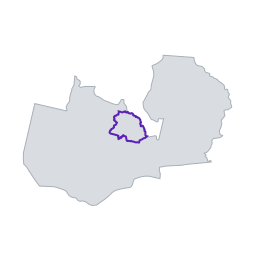 location of Copperbelt within Zambia, rotated 13°
{"feature_id": "ZMB-517", "entity_name": "Copperbelt", "entity_type": "Province", "adm_level": 1, "iso_a3": "ZMB", "parent_name": "Zambia", "parent_adm1": "", "projection": "mercator", "projection_center": [27.632, -13.082], "detail": "fine", "context": "in_parent", "style": "outline", "palette": "violet", "viewbox_px": 256, "rotation_deg": 13, "n_neighbors": 0, "source": "natural_earth", "source_scale": "10m", "svg_char_len": 7150}
<svg xmlns="http://www.w3.org/2000/svg" viewBox="0 0 256 256"><g transform="rotate(13 128 128)"><path d="M170.5,170.2L159.5,170.2L155.5,171.1L152.2,172.4L148.3,174.6L146.0,176.1L145.4,176.9L145.1,178.7L145.1,181.5L144.7,183.6L143.5,185.4L137.6,187.7L133.7,189.5L129.8,191.7L127.0,194.5L125.0,198.0L121.7,202.3L114.8,210.0L110.8,211.5L107.5,211.2L103.5,209.5L100.3,209.2L97.9,210.2L95.7,209.9L93.7,208.3L92.0,207.7L90.7,208.2L88.9,208.1L85.8,207.2L83.0,204.4L81.5,203.3L80.4,202.9L77.1,202.4L69.5,201.8L61.7,203.2L54.8,204.5L47.8,198.4L41.0,191.9L39.6,190.3L37.1,188.1L35.2,187.1L34.5,186.5L32.7,180.8L31.7,175.5L31.7,125.2L62.4,125.2L64.4,125.0L64.5,124.4L63.1,121.8L63.1,120.8L63.5,119.0L64.9,115.4L64.9,114.2L64.3,110.3L64.4,108.1L64.7,103.6L64.5,102.1L65.2,100.2L65.5,98.8L65.8,98.3L65.4,96.8L64.8,91.5L64.4,89.3L66.3,89.6L66.9,90.7L67.3,91.9L68.1,92.0L70.3,92.7L71.0,93.6L71.5,95.7L71.2,96.8L70.5,97.7L71.2,98.5L72.7,99.0L73.6,98.8L76.0,97.4L78.3,96.9L79.5,96.5L84.5,95.5L85.5,95.0L86.3,95.0L86.8,95.4L86.3,96.9L86.2,98.3L86.8,100.8L87.3,101.9L88.3,102.8L89.1,103.2L89.9,104.1L91.7,104.0L95.6,105.2L96.8,105.8L98.4,106.4L99.6,106.6L103.6,107.1L107.8,107.8L110.0,107.9L111.6,107.7L112.7,107.3L113.3,106.9L113.6,106.6L115.2,101.8L116.0,101.4L117.1,101.2L117.7,101.6L118.4,104.6L121.5,107.3L122.5,109.6L123.3,111.6L123.9,112.1L125.1,112.8L127.0,113.0L128.6,113.1L136.9,116.4L137.8,117.0L138.8,118.8L139.4,120.8L140.0,122.4L141.1,122.7L142.1,122.8L143.0,123.9L143.7,124.9L146.2,128.8L146.5,130.4L147.7,131.4L149.3,131.9L150.8,131.9L151.6,131.5L153.8,130.6L155.4,129.7L156.6,129.4L157.3,129.6L157.8,130.2L158.2,132.2L159.4,132.9L160.2,132.6L160.6,131.8L160.6,131.4L160.6,110.9L159.8,111.0L158.9,111.6L156.7,111.7L155.8,112.1L155.6,112.8L155.7,113.6L155.8,114.8L155.5,115.3L154.5,115.6L153.1,115.1L150.6,114.5L148.5,114.2L147.0,112.6L145.0,110.3L143.7,109.1L140.4,106.7L139.9,106.2L138.9,105.1L138.1,103.2L137.3,101.0L136.9,99.6L137.6,97.4L139.5,90.3L139.9,88.1L141.5,85.9L141.6,83.9L141.0,81.3L141.1,79.9L141.4,71.9L140.9,69.3L139.9,66.5L137.6,62.6L137.6,61.7L141.1,59.2L142.2,58.2L144.1,56.1L145.3,54.4L146.1,53.0L146.4,51.1L145.8,49.4L147.0,49.0L176.3,44.5L176.8,45.7L177.6,47.7L178.7,49.2L179.9,50.5L181.0,51.2L181.7,51.5L186.2,51.4L187.8,52.2L189.3,53.2L189.6,54.7L190.5,55.7L191.5,56.4L192.0,56.5L192.7,56.3L193.9,56.3L195.1,56.7L195.6,57.0L195.6,58.3L196.0,58.9L197.5,59.1L199.1,59.2L200.6,60.1L202.2,60.2L204.1,60.6L205.0,61.5L207.0,62.5L209.4,63.3L212.1,64.8L212.2,65.2L212.6,66.0L213.1,66.7L213.1,67.5L213.4,68.4L214.0,68.6L214.6,68.6L215.1,68.0L215.9,68.0L216.6,68.4L216.9,69.4L217.5,70.7L218.5,71.5L219.2,72.4L219.0,73.9L218.6,75.3L219.9,76.7L221.7,78.0L222.1,78.6L222.3,80.6L222.6,81.2L223.7,82.9L224.3,84.0L224.3,84.6L221.1,87.8L219.1,88.3L218.2,89.0L217.7,89.7L219.0,92.9L219.7,94.1L219.1,95.6L217.8,98.2L217.3,98.5L217.2,100.4L217.5,101.2L218.2,101.7L218.4,103.1L218.4,106.4L217.6,110.2L219.0,113.5L219.5,113.8L221.5,113.9L221.9,114.1L221.4,115.1L220.0,116.5L217.4,117.7L213.8,118.9L213.0,120.1L212.5,121.9L212.9,122.9L213.4,123.5L213.3,125.0L212.9,126.6L213.1,127.9L212.9,129.0L212.4,129.5L211.8,131.2L211.0,132.9L210.4,133.7L209.4,134.5L208.0,135.2L208.0,135.5L209.7,136.3L210.1,136.8L210.2,137.2L209.5,138.1L210.3,138.6L211.2,139.0L212.1,140.2L213.1,142.3L213.3,142.5L213.6,142.5L214.1,142.3L215.1,141.4L215.9,141.1L216.7,142.4L201.4,147.6L197.8,148.7L192.5,150.6L190.7,151.3L189.3,152.0L175.1,156.1L172.8,156.9L167.8,159.0L167.6,159.3L167.7,160.3L168.1,162.3L169.0,164.1L169.7,165.1L170.2,167.8L170.5,170.2Z" fill="#d9dde1" stroke="#a8b0b8" stroke-width="1"/><path d="M124.2,112.4L124.3,112.5L125.0,113.2L125.5,113.4L126.2,113.4L127.0,113.4L127.5,113.3L127.8,113.0L128.0,112.8L128.2,112.7L128.6,112.7L128.9,112.8L129.9,113.4L130.1,113.7L130.2,114.1L130.3,114.5L130.7,114.6L130.9,114.5L131.2,114.5L132.4,114.7L132.6,114.7L132.6,114.9L132.7,115.0L133.1,115.5L133.4,115.4L133.6,115.2L134.0,115.1L134.3,115.2L134.6,115.5L134.9,115.7L135.3,115.7L135.6,115.6L136.0,115.6L136.3,115.7L136.6,115.9L137.9,117.1L138.2,117.4L138.5,118.3L138.7,118.7L139.2,119.2L139.4,119.6L139.4,120.0L139.2,120.3L138.9,120.5L138.9,121.1L139.2,121.6L139.6,122.0L139.9,122.4L139.9,123.2L140.1,123.4L140.3,123.4L140.6,123.3L140.8,123.1L141.0,122.6L142.0,122.6L142.6,123.3L143.8,124.8L144.0,125.0L144.3,125.8L144.6,126.0L144.6,126.3L144.6,126.5L144.6,126.8L144.8,126.9L145.0,127.5L145.5,127.6L145.9,127.9L146.4,130.4L146.6,131.1L147.1,131.6L147.4,131.9L147.6,131.9L147.9,131.9L148.2,131.8L148.5,131.8L148.4,132.0L147.8,132.7L146.7,134.0L145.9,134.3L145.3,134.7L145.2,134.8L144.9,135.1L144.6,135.6L142.1,137.5L142.1,139.6L141.8,139.8L140.5,139.8L139.9,139.9L139.6,140.1L139.4,140.1L139.2,140.2L138.1,140.3L137.8,140.2L137.1,140.0L136.9,140.0L136.4,140.0L136.1,140.1L135.7,140.2L135.4,140.2L134.4,139.9L134.2,139.9L133.9,139.9L133.7,140.0L133.4,140.2L133.4,140.3L132.7,140.4L131.8,140.4L131.6,140.4L131.4,140.5L130.8,140.5L130.7,140.6L130.3,140.7L130.3,140.8L130.2,140.8L129.9,140.7L129.5,140.4L129.3,140.1L129.2,139.8L128.0,137.0L127.8,136.8L127.5,136.7L126.1,136.6L125.9,136.5L125.7,136.4L125.4,136.2L125.0,136.1L124.7,136.4L124.7,136.6L124.8,136.8L124.8,137.1L124.7,137.1L124.4,137.1L124.2,137.3L124.3,137.4L124.3,137.5L124.2,137.9L123.6,138.6L123.6,138.8L123.6,139.0L123.4,139.0L123.3,138.9L123.2,138.8L123.1,138.5L122.9,138.5L122.7,138.6L122.5,138.9L122.5,139.1L122.6,139.5L122.5,139.9L122.1,140.3L121.6,140.6L121.3,140.8L121.2,140.6L121.0,140.4L120.9,140.0L120.8,139.8L120.8,139.7L120.7,139.2L120.4,138.8L120.3,138.7L120.2,138.2L120.2,137.9L120.2,137.7L118.8,137.5L112.0,137.3L111.5,136.9L111.2,136.7L111.0,136.3L111.0,136.1L111.1,135.0L111.1,134.7L111.2,134.4L111.3,134.3L111.4,134.2L111.7,133.9L111.8,133.9L111.9,133.7L112.0,132.8L112.1,132.7L112.4,132.5L112.7,132.4L112.8,132.3L112.9,132.2L113.0,132.1L113.2,131.7L113.3,131.6L113.7,131.4L113.8,131.3L113.9,131.1L114.0,130.8L114.1,130.7L114.2,130.4L114.1,130.1L113.9,129.6L113.8,129.3L113.8,129.0L113.9,128.9L113.9,128.7L114.0,128.6L114.2,128.4L115.1,127.8L115.2,127.7L115.4,127.6L115.5,127.4L115.5,127.2L116.0,125.2L115.9,125.1L115.7,125.1L115.3,125.1L115.2,125.1L115.0,124.9L114.9,124.8L114.8,124.7L114.7,124.6L114.6,124.4L114.4,124.3L114.2,124.3L113.8,124.2L113.3,123.9L113.2,123.8L113.1,123.7L112.9,123.6L112.7,123.5L112.6,123.4L112.5,123.2L112.7,122.8L112.8,122.5L112.9,122.4L112.9,122.2L112.6,121.6L112.4,121.5L112.3,121.4L112.2,121.2L112.0,120.9L111.9,120.8L111.9,120.6L112.0,120.5L112.1,120.3L112.2,119.6L112.3,119.5L112.3,119.4L112.5,119.2L112.8,118.9L113.2,118.9L113.3,118.9L113.5,118.8L113.6,118.7L113.9,118.4L114.0,118.1L114.6,117.4L114.8,117.3L114.9,117.2L115.6,117.1L115.7,116.9L115.6,116.7L115.4,116.3L115.4,116.2L115.4,115.9L115.4,115.7L115.5,115.5L115.6,115.3L115.6,114.8L115.6,114.7L115.4,114.1L115.3,113.9L115.5,113.9L115.8,114.0L116.3,114.0L116.8,113.9L117.0,113.9L119.0,114.1L119.5,113.7L119.8,113.6L120.1,113.4L120.3,113.1L120.5,113.0L120.6,112.9L120.8,112.8L121.1,112.6L121.3,112.5L121.5,112.4L121.7,112.5L121.9,112.7L122.2,112.8L122.1,113.1L122.6,113.2L122.8,113.3L123.1,113.0L123.4,113.0L123.4,112.9L124.1,112.4L124.2,112.4Z" fill="none" stroke="#5b21b6" stroke-width="2"/></g></svg>